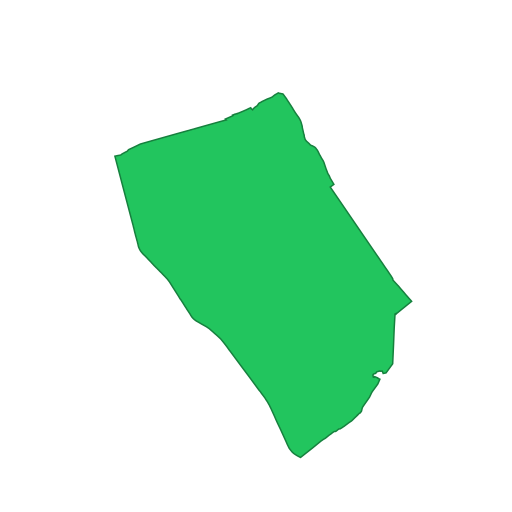 outline of Hillegom, Zuid-Holland, Netherlands, rotated 119°
{"feature_id": "6326949B57976108434899", "entity_name": "Hillegom", "entity_type": "district", "adm_level": 2, "iso_a3": "NLD", "parent_name": "Netherlands", "parent_adm1": "Zuid-Holland", "projection": "mercator", "projection_center": [4.578, 52.295], "detail": "fine", "context": "isolated", "style": "filled", "palette": "green", "viewbox_px": 512, "rotation_deg": 119, "n_neighbors": 0, "source": "geoboundaries", "source_scale": "gbopen_adm2", "svg_char_len": 5799}
<svg xmlns="http://www.w3.org/2000/svg" viewBox="0 0 512 512"><g transform="rotate(119 256 256)"><path d="M196.8,150.5L196.3,151.5L189.8,164.5L159.7,224.5L155.6,222.6L152.1,228.6L151.3,229.6L150.6,230.5L150.3,230.9L149.8,231.8L149.0,233.2L148.8,233.5L148.7,233.6L148.5,233.8L148.2,234.1L147.2,235.3L145.7,237.1L143.5,239.5L141.1,242.1L140.7,242.7L140.3,243.2L139.6,244.4L138.5,246.4L137.1,248.5L136.9,248.9L136.5,249.6L134.7,252.1L134.4,252.6L134.0,253.2L133.7,253.7L133.2,254.9L133.0,255.4L132.8,255.7L132.6,256.2L132.4,256.9L132.3,257.5L132.3,257.9L132.3,258.1L132.3,258.4L132.3,260.0L132.4,260.6L132.5,261.1L132.5,261.7L132.5,262.3L132.3,262.9L132.1,263.5L131.8,264.5L131.6,265.4L131.4,266.3L131.2,267.2L131.2,267.4L130.9,268.0L130.7,268.5L130.4,269.1L130.1,269.7L129.2,270.5L128.7,271.2L127.9,271.8L126.9,272.5L126.4,273.0L126.0,273.5L123.5,275.7L121.4,277.6L120.7,278.1L120.1,278.5L117.2,281.4L116.3,282.4L115.4,283.7L114.1,285.8L113.4,287.4L112.1,290.1L111.5,291.3L109.5,294.9L109.2,295.3L109.0,295.6L108.5,296.6L107.5,298.4L107.0,299.4L105.7,301.8L104.5,304.2L103.6,305.7L102.7,307.7L101.5,310.3L101.3,310.6L101.3,310.8L101.3,311.0L101.3,311.3L101.6,312.2L101.9,313.1L102.1,313.9L102.3,314.0L102.5,315.6L104.5,316.7L105.3,317.3L106.1,317.7L108.0,318.5L108.4,318.6L109.2,319.0L110.3,319.8L110.6,320.0L113.4,322.4L116.4,324.5L117.9,325.6L118.7,326.0L120.5,327.2L121.0,327.4L121.1,327.5L121.3,327.6L122.1,327.6L123.2,327.7L123.6,327.8L124.5,328.0L125.5,328.6L126.2,328.9L126.7,329.2L127.5,329.4L128.3,329.7L128.7,329.8L129.1,329.8L129.3,329.8L129.7,329.8L129.8,329.8L129.6,331.4L129.4,331.7L128.9,332.5L130.3,333.6L132.9,335.4L133.9,336.2L135.5,337.4L136.5,338.2L137.9,339.3L139.4,340.5L140.5,341.3L140.4,341.5L141.8,342.6L142.1,342.9L142.0,343.1L142.9,343.8L144.1,344.8L144.4,344.2L145.3,344.8L151.1,349.2L151.5,348.0L152.6,349.2L155.7,352.4L163.7,360.5L181.3,378.3L187.2,384.3L198.8,396.0L212.0,409.3L213.5,410.8L214.0,411.3L214.5,411.7L215.2,412.2L216.1,412.8L220.5,415.9L224.6,418.9L225.1,419.1L225.4,419.1L225.6,419.2L226.5,419.3L226.9,419.5L227.1,419.6L227.4,419.8L228.2,420.4L231.8,422.7L232.7,423.0L233.1,423.2L233.3,423.3L233.5,423.5L233.9,424.0L234.2,424.4L234.6,424.9L234.9,425.3L237.1,427.8L259.0,406.9L287.5,379.6L288.1,379.0L288.4,378.7L290.4,376.9L290.7,376.5L291.2,376.1L292.4,375.0L293.1,374.4L294.5,373.1L294.7,372.9L295.0,372.6L295.5,372.1L296.2,371.5L296.9,370.8L297.6,370.1L298.3,369.4L300.3,367.5L300.8,366.9L301.4,366.4L302.1,365.8L302.5,365.4L302.9,365.0L303.3,364.6L304.1,364.0L304.6,363.5L304.8,363.3L305.1,363.0L305.5,362.5L305.7,362.3L305.8,362.0L306.0,361.8L306.2,361.5L306.4,361.3L306.7,360.8L306.9,360.5L307.0,360.4L307.7,359.1L307.9,358.6L308.0,358.4L308.1,358.2L308.6,356.9L308.7,356.6L308.9,356.3L309.0,355.6L309.2,355.2L309.5,353.9L309.9,352.4L310.1,351.8L310.5,350.4L311.0,349.0L311.2,348.4L311.5,347.4L311.7,346.5L311.9,346.2L312.0,345.7L312.1,345.4L312.2,345.0L312.7,343.7L312.9,342.9L313.1,342.4L313.3,341.8L313.5,341.2L313.8,340.3L314.0,339.5L314.3,338.5L314.6,337.5L314.7,337.0L314.8,336.6L315.1,335.7L315.3,335.0L315.5,334.2L315.9,333.1L316.7,330.1L316.9,329.5L317.1,329.1L317.2,328.6L317.4,328.0L317.6,327.4L317.8,326.6L318.0,325.9L318.2,325.3L318.7,323.8L319.1,322.5L319.2,322.3L320.6,319.1L323.7,313.5L328.7,304.3L328.9,304.0L329.4,303.1L329.8,302.5L330.1,301.9L330.6,301.0L330.5,300.9L330.8,300.3L331.8,298.5L332.6,297.0L334.1,294.3L334.6,293.4L335.4,291.8L335.8,291.2L338.6,285.8L339.4,284.5L340.2,283.0L340.6,282.2L340.9,281.2L341.1,280.8L341.3,279.9L341.4,279.5L341.5,279.0L341.5,278.9L341.6,278.4L341.7,277.7L341.7,277.3L341.8,277.0L341.8,276.6L341.8,275.5L341.8,274.0L341.9,270.8L341.9,269.4L341.9,269.2L341.9,267.2L341.9,266.1L341.9,265.7L341.9,265.2L342.0,264.0L342.1,263.0L342.1,262.7L342.2,261.8L342.4,260.7L342.6,260.0L343.1,257.6L343.9,254.1L344.2,252.5L345.6,246.8L347.3,242.5L349.5,237.4L351.0,234.3L351.0,234.2L351.3,233.7L351.6,232.9L360.5,213.3L364.7,203.9L371.9,188.3L372.6,186.3L373.2,185.2L373.8,184.0L373.9,183.6L374.1,183.2L374.8,181.6L375.9,179.2L376.5,178.2L377.1,177.1L377.4,176.5L377.8,175.7L378.4,174.6L379.1,173.6L379.7,172.5L380.1,171.9L380.6,171.2L381.2,170.4L381.3,170.2L381.7,169.6L382.2,168.9L382.7,168.2L382.8,168.1L387.0,162.4L389.4,159.3L391.7,156.2L395.6,150.7L403.6,139.9L405.6,137.3L408.1,133.7L409.0,131.6L410.0,129.1L410.4,127.2L410.6,125.1L410.7,122.8L410.6,119.4L396.8,113.6L386.7,109.6L383.8,108.2L383.3,107.9L382.2,107.2L380.9,106.6L377.3,105.2L374.9,104.0L374.4,103.9L374.1,103.7L372.5,103.0L372.2,102.9L371.8,102.6L371.5,102.4L371.3,102.1L371.2,101.8L370.8,101.3L370.1,100.9L367.3,99.8L367.1,99.6L366.9,99.3L366.5,98.7L364.4,97.5L363.2,96.9L362.1,96.3L360.9,95.8L358.5,94.7L357.3,94.2L356.1,93.6L354.0,92.5L352.5,92.0L351.8,91.8L349.7,91.2L347.2,90.4L346.0,90.0L345.9,90.2L345.5,90.0L344.4,89.6L343.9,89.5L343.2,89.2L343.0,88.9L341.5,88.6L340.8,88.5L340.2,88.6L337.8,89.3L336.5,89.5L333.3,89.2L328.6,88.7L326.6,88.5L324.5,88.3L322.5,88.4L319.4,88.6L316.8,88.4L315.5,88.2L308.9,87.4L303.7,87.9L303.9,90.3L303.6,90.4L304.0,93.8L304.6,94.0L304.9,93.9L305.1,94.6L305.0,94.8L304.9,94.9L304.8,95.0L304.7,95.0L304.0,95.5L303.6,95.8L303.4,95.9L303.4,96.0L303.2,96.0L302.9,96.1L302.7,96.1L302.4,96.0L302.3,95.9L302.2,95.9L300.6,94.5L300.6,94.4L298.9,94.3L296.6,92.1L296.7,91.9L295.5,89.7L297.1,87.8L295.2,85.6L290.4,85.0L284.0,84.2L266.7,92.8L252.0,100.2L239.3,106.3L238.9,106.0L238.1,105.4L238.4,105.2L237.7,105.0L236.8,104.6L232.8,103.0L224.4,99.6L220.2,97.9L219.7,99.2L218.9,101.6L218.0,104.0L217.1,106.6L216.4,108.3L215.1,111.9L214.6,113.3L213.9,115.1L213.3,116.6L213.1,117.2L212.9,118.0L212.5,119.1L212.1,120.4L210.7,124.5L209.5,125.5L208.0,128.1L206.6,130.9L205.0,134.0L203.6,136.9L202.4,139.3L201.1,141.8L199.7,144.7L197.8,148.4L196.8,150.5Z" fill="#22c55e" stroke="#15803d" stroke-width="1.5"/></g></svg>